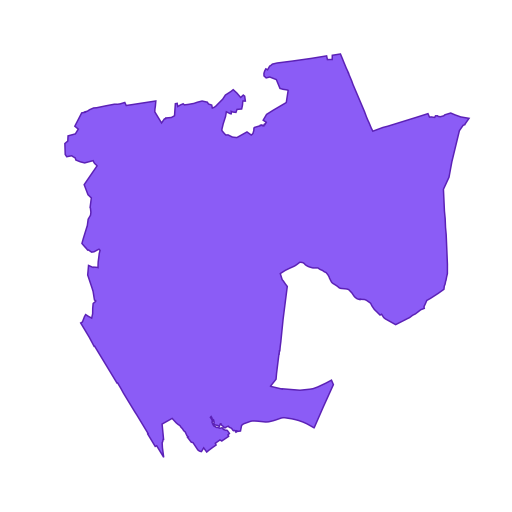 Naudītes pag., Dobele, Latvia, rotated 95°
{"feature_id": "27541924B70535382823435", "entity_name": "Naudītes pag.", "entity_type": "district", "adm_level": 2, "iso_a3": "LVA", "parent_name": "Latvia", "parent_adm1": "Dobele", "projection": "mercator", "projection_center": [23.169, 56.558], "detail": "fine", "context": "isolated", "style": "filled", "palette": "violet", "viewbox_px": 512, "rotation_deg": 95, "n_neighbors": 0, "source": "geoboundaries", "source_scale": "gbopen_adm2", "svg_char_len": 6005}
<svg xmlns="http://www.w3.org/2000/svg" viewBox="0 0 512 512"><g transform="rotate(95 256 256)"><path d="M114.5,400.1L116.3,404.6L116.9,407.1L117.0,408.6L117.1,410.2L119.5,418.7L122.2,427.7L122.7,430.7L124.8,434.6L126.4,436.5L127.3,439.0L127.7,438.6L127.8,438.8L128.6,442.1L142.5,447.8L145.1,444.1L150.1,446.6L152.7,453.7L157.9,453.5L160.6,456.2L171.5,454.9L173.6,453.2L172.2,448.4L172.7,447.5L174.1,444.6L176.1,443.8L177.5,439.2L178.2,434.8L175.2,426.6L176.3,426.0L177.8,424.9L179.1,423.2L180.1,422.2L199.9,433.4L209.6,428.7L212.5,425.1L222.2,425.5L222.8,425.1L226.8,424.3L229.8,424.4L234.0,426.4L240.8,426.7L240.8,426.8L253.8,429.6L258.7,430.5L262.5,426.6L262.4,426.5L264.8,424.2L264.6,423.4L266.5,420.1L265.9,417.7L263.5,414.1L262.9,413.0L264.0,411.8L267.3,412.4L268.4,412.4L275.5,412.7L278.0,412.6L281.3,412.4L281.2,412.7L281.2,416.8L281.6,417.3L280.0,422.0L289.6,422.0L302.3,416.5L305.5,415.2L313.9,413.1L314.4,412.3L314.4,411.9L315.2,411.8L317.4,414.0L317.7,414.1L322.4,414.1L327.8,413.7L332.2,414.3L330.7,417.8L329.2,420.6L331.4,421.6L336.9,423.2L338.0,424.8L351.5,415.0L360.1,409.4L359.9,408.9L394.7,383.4L394.5,382.8L396.3,381.5L399.8,379.0L404.3,376.0L421.6,363.3L424.8,360.8L442.3,348.0L442.7,348.4L454.5,339.8L453.7,338.4L464.6,330.4L455.2,332.5L450.2,333.2L449.1,332.8L446.7,332.5L446.7,332.1L431.6,334.9L425.1,325.4L425.9,324.5L429.2,320.9L430.6,318.9L431.7,316.8L432.7,316.2L434.6,314.1L436.2,312.9L437.0,311.9L437.4,311.2L441.1,309.1L442.1,307.8L442.6,308.4L447.1,304.3L447.4,302.5L454.3,297.0L454.8,296.2L455.2,295.4L455.5,294.4L455.6,293.3L451.7,291.4L455.6,288.0L453.4,285.8L450.4,282.4L447.8,279.3L446.1,280.2L442.4,275.9L443.3,273.9L442.7,273.5L442.4,272.9L438.1,267.6L437.9,267.5L436.7,268.4L435.1,267.0L432.7,269.0L432.1,269.8L432.3,271.0L431.6,273.3L430.9,274.0L430.2,274.4L430.1,274.9L430.8,277.0L430.1,279.1L430.3,280.0L430.0,281.2L429.5,281.7L429.3,282.7L428.9,283.2L427.4,284.4L426.8,284.6L425.4,285.4L425.1,285.4L424.6,284.9L423.7,285.3L423.6,285.2L422.8,285.9L422.0,286.1L421.7,286.6L420.7,287.4L419.8,286.7L420.9,285.9L422.0,285.6L422.9,284.0L425.2,283.2L426.5,283.4L427.7,282.6L428.2,279.1L428.9,277.7L426.3,276.9L426.2,276.3L427.3,275.8L429.1,273.1L429.7,272.9L429.9,272.5L429.9,271.9L429.6,271.2L429.0,270.9L428.0,268.9L428.0,268.6L429.0,267.7L429.3,266.6L429.7,265.6L430.3,264.9L431.6,263.8L432.0,263.2L431.7,262.3L431.7,262.0L431.9,261.3L431.7,260.4L431.8,260.0L432.4,260.6L432.9,261.0L433.3,260.6L432.5,259.7L431.7,256.2L426.0,255.6L424.3,253.8L421.1,246.9L420.7,245.4L420.5,243.6L420.4,240.5L420.5,232.9L420.5,231.8L420.2,229.7L420.0,228.7L418.6,224.5L417.7,222.3L415.2,216.7L414.7,214.9L414.6,213.1L415.1,205.9L415.6,202.3L416.2,199.0L417.3,194.8L418.6,191.0L419.6,188.7L422.1,183.2L421.5,182.9L400.4,175.8L377.4,167.7L373.1,170.0L376.5,175.2L381.1,183.1L383.2,187.6L384.0,190.7L385.9,200.5L386.0,218.4L386.3,218.4L384.6,229.9L384.4,230.2L377.0,225.3L371.1,225.3L351.8,224.6L351.8,224.4L348.3,224.4L348.3,224.0L344.2,224.0L339.3,223.8L316.5,223.5L283.6,222.2L281.2,224.4L278.5,226.6L277.4,227.8L271.4,230.3L267.7,225.5L265.3,221.5L263.2,217.7L262.4,216.4L261.3,215.0L258.4,211.8L258.4,209.7L258.6,208.5L259.2,207.4L260.4,206.1L261.0,205.1L261.9,203.1L262.4,201.2L262.9,198.6L262.8,196.8L262.5,194.0L262.5,193.6L262.6,193.1L263.8,191.0L264.6,188.5L265.8,186.5L266.3,184.9L266.7,184.4L268.5,182.7L270.5,181.3L271.4,181.0L275.1,178.7L275.9,178.0L276.6,177.0L278.1,174.0L279.1,172.2L280.4,170.4L280.6,169.9L280.8,169.2L280.9,168.5L280.9,163.9L281.0,162.4L281.2,161.4L281.5,160.6L284.5,157.2L287.6,154.7L288.4,153.8L289.2,152.6L289.8,151.5L290.0,150.6L290.4,148.6L289.8,148.5L290.0,146.8L289.9,145.1L289.9,144.0L290.0,143.5L290.6,141.9L292.7,138.3L293.1,137.7L295.7,136.1L298.9,133.5L304.0,127.3L303.1,125.8L306.2,123.4L307.4,121.6L312.2,110.9L305.0,99.4L304.2,98.0L303.4,97.0L301.8,95.3L301.1,94.4L299.8,92.2L295.2,87.2L293.5,83.8L292.6,84.1L292.0,84.2L290.8,83.9L289.9,83.5L285.4,82.0L283.0,78.5L277.4,71.3L272.8,65.9L269.5,65.8L267.6,65.2L264.6,64.9L263.6,64.6L260.2,64.3L256.9,63.8L247.5,64.6L218.2,68.4L211.0,69.7L202.4,70.8L194.8,72.2L173.2,75.1L160.7,70.6L145.0,69.1L113.4,64.3L107.8,61.1L106.9,59.3L106.4,59.3L100.3,55.8L99.6,64.2L98.1,69.9L96.6,74.5L98.9,80.2L100.0,81.2L101.2,84.5L101.1,86.5L100.5,87.5L100.7,89.4L102.4,90.1L102.2,93.4L102.5,95.3L99.2,97.1L103.8,108.1L115.2,136.0L116.9,140.8L121.5,150.5L118.4,152.4L113.4,155.0L111.2,156.3L107.8,158.1L102.7,160.5L76.6,174.4L73.3,175.9L65.4,180.1L65.4,179.9L61.1,182.4L53.2,186.5L52.5,186.8L47.4,189.5L49.4,197.5L53.6,197.2L54.1,202.0L50.5,203.1L54.3,218.0L58.6,236.6L61.9,251.8L63.4,256.4L65.0,257.9L65.6,258.9L69.5,260.7L68.7,262.5L71.0,263.5L73.3,264.0L75.5,263.8L76.3,263.4L76.6,262.8L77.7,261.4L76.5,257.9L78.5,251.1L87.0,246.7L87.6,243.5L87.8,239.9L88.1,238.6L88.2,238.4L100.3,239.2L100.7,239.5L109.3,251.6L114.0,257.8L120.1,260.7L121.9,257.4L122.8,257.8L122.9,258.0L123.4,258.3L123.8,258.4L123.7,258.7L123.8,258.9L124.1,258.7L124.6,258.8L124.9,259.7L125.6,259.7L125.4,260.3L125.7,260.1L125.7,260.7L125.6,261.1L125.1,261.6L125.1,262.2L125.5,262.5L125.3,263.1L125.5,263.3L126.1,263.5L126.2,264.0L128.0,268.6L128.5,269.1L128.9,269.2L131.1,269.1L134.1,269.7L135.2,270.4L135.5,271.0L135.9,271.3L133.2,275.8L139.7,285.4L139.6,289.8L137.8,294.4L138.1,296.7L135.9,299.1L134.0,300.9L132.7,301.0L127.2,300.2L119.7,298.5L114.9,298.1L116.5,294.0L116.5,293.1L115.0,293.1L114.1,293.3L114.6,291.6L114.7,288.5L111.6,287.7L110.8,283.1L107.7,282.7L105.8,282.6L104.3,282.7L102.6,282.4L102.7,280.4L102.6,280.1L97.8,281.2L96.8,282.7L99.4,285.1L95.3,289.3L92.3,293.2L94.3,295.3L98.3,300.5L102.6,302.8L108.6,307.8L109.8,308.7L111.5,310.5L112.4,312.4L109.5,313.3L108.7,316.6L107.0,317.9L106.3,323.2L107.9,327.8L109.4,331.1L110.9,336.7L111.7,340.5L110.7,341.9L111.2,342.6L111.7,343.8L113.9,347.0L110.8,347.8L111.3,349.6L123.4,349.4L125.4,352.4L126.4,358.0L127.1,358.0L127.4,359.2L131.7,361.7L121.2,369.4L118.5,369.5L115.5,369.3L110.3,369.3L117.4,398.4L114.5,400.1Z" fill="#8b5cf6" stroke="#5b21b6" stroke-width="1.5"/></g></svg>